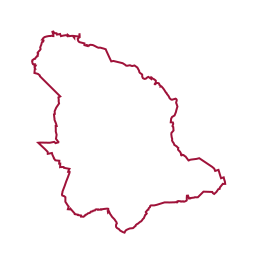 Zináparo, Michoacán, Mexico, rotated 174°
{"feature_id": "50627088B92928656414913", "entity_name": "Zináparo", "entity_type": "district", "adm_level": 2, "iso_a3": "MEX", "parent_name": "Mexico", "parent_adm1": "Michoacán", "projection": "orthographic", "projection_center": [-102.009, 20.178], "detail": "fine", "context": "isolated", "style": "outline", "palette": "rose", "viewbox_px": 256, "rotation_deg": 174, "n_neighbors": 0, "source": "geoboundaries", "source_scale": "gbopen_adm2", "svg_char_len": 5769}
<svg xmlns="http://www.w3.org/2000/svg" viewBox="0 0 256 256"><g transform="rotate(174 128 128)"><path d="M218.8,122.7L212.8,115.7L210.4,112.7L210.5,110.7L206.3,111.1L206.0,109.3L205.0,106.4L204.9,106.3L204.8,106.1L204.9,105.4L204.1,104.4L203.7,103.5L203.0,103.3L199.7,102.6L200.2,99.8L199.1,99.7L199.6,96.2L198.9,96.3L198.6,96.1L197.4,96.1L196.6,95.9L196.1,95.9L195.8,95.5L195.8,95.1L193.9,94.5L190.5,93.5L191.6,91.8L192.1,90.7L190.7,90.5L190.8,89.7L193.0,85.2L195.1,81.2L197.0,77.1L199.8,71.6L199.9,70.9L200.6,69.0L200.5,67.8L198.5,66.8L197.5,65.7L198.0,61.2L195.7,56.7L195.2,56.1L196.3,53.5L194.2,53.1L193.7,53.8L189.8,48.3L189.9,47.9L186.8,47.0L186.8,46.6L183.9,45.9L184.0,44.8L181.4,44.4L181.1,44.7L180.3,45.2L179.5,45.6L179.4,46.1L178.5,46.3L177.7,46.6L176.6,47.4L175.7,47.4L174.2,47.9L173.9,48.6L173.4,48.8L171.9,48.8L171.3,49.4L169.5,49.5L169.2,49.9L168.9,50.1L168.8,50.3L168.0,50.4L166.3,50.2L166.3,49.8L165.3,49.8L163.2,49.6L163.2,50.0L161.9,49.9L160.0,50.0L157.2,50.0L156.1,49.7L156.1,49.0L156.2,48.2L156.3,47.4L156.8,47.4L156.7,45.9L155.5,46.7L154.7,44.2L154.0,43.1L153.2,41.4L151.0,38.6L150.0,36.7L149.9,36.5L149.3,35.5L149.1,34.1L149.7,33.6L150.0,32.9L150.2,31.6L150.1,30.7L149.5,29.8L148.7,29.1L147.9,28.7L147.2,27.8L146.6,26.9L145.8,26.3L143.9,25.0L142.4,24.3L141.8,25.2L141.3,26.0L140.7,26.5L139.4,27.1L136.8,27.9L136.4,27.9L134.1,27.9L133.6,27.9L133.0,28.2L131.4,29.5L131.2,29.6L130.9,29.6L130.7,29.9L130.5,30.4L130.3,30.7L129.9,31.0L129.6,31.1L129.3,31.4L128.2,31.8L127.8,32.0L127.5,32.3L126.8,32.7L125.6,33.5L124.7,33.8L123.6,34.8L123.2,35.4L122.6,36.0L121.7,36.6L120.6,38.7L120.3,39.0L119.9,39.9L119.4,40.2L118.9,40.3L118.3,41.1L119.1,42.4L119.1,42.6L117.1,44.5L116.2,44.7L116.0,45.7L115.6,46.2L114.5,46.9L114.3,47.3L114.2,48.0L113.3,48.6L110.1,48.3L109.0,48.4L107.4,48.6L99.4,50.2L94.3,49.6L91.5,49.4L89.4,49.2L89.0,49.3L88.6,49.3L87.5,49.0L86.8,48.9L86.2,49.5L86.4,49.9L85.8,50.1L83.1,49.6L82.9,49.2L81.0,49.4L80.8,49.0L79.5,48.9L77.5,49.6L77.1,50.1L77.0,50.8L76.9,52.3L76.5,54.5L75.4,54.5L74.7,51.5L73.9,51.5L74.0,51.8L69.4,51.9L68.6,52.2L67.4,51.9L66.5,51.9L65.8,51.8L59.6,56.8L50.9,55.6L50.3,54.3L49.2,53.4L46.8,55.1L44.6,57.7L43.2,57.9L42.9,59.2L39.5,62.6L38.5,62.3L37.8,62.4L37.2,62.3L37.2,63.8L37.3,65.0L37.6,66.2L37.8,67.4L38.0,68.9L40.7,68.3L41.3,71.1L42.1,75.5L42.4,76.9L45.8,76.2L46.5,78.6L48.3,80.5L60.3,90.5L63.2,90.1L68.1,90.0L69.7,89.9L70.5,89.5L71.2,89.4L73.8,93.7L74.5,94.1L75.6,95.3L76.1,95.3L77.0,95.8L77.6,95.2L77.9,95.3L78.1,95.8L78.0,96.7L78.3,98.0L78.9,99.2L79.7,100.1L80.0,100.6L80.5,101.2L80.1,103.0L80.5,103.2L81.4,104.5L83.3,106.1L83.6,106.2L83.9,107.2L84.1,108.1L85.0,109.6L85.5,111.0L85.3,111.8L85.2,112.8L85.5,114.1L85.6,117.3L85.3,118.6L83.0,120.7L82.9,123.6L82.9,124.3L83.3,124.7L83.6,125.3L82.9,126.6L82.7,127.1L82.6,127.7L82.8,128.8L84.9,129.2L84.1,132.8L83.2,134.1L83.0,134.4L80.4,135.6L78.6,139.0L78.1,140.6L77.6,141.7L77.5,142.1L76.6,144.1L76.8,145.1L77.1,146.5L77.5,147.9L77.5,148.2L77.3,148.8L77.1,149.2L76.7,150.3L76.6,150.8L76.7,151.1L77.0,151.7L77.6,152.2L81.3,151.5L82.0,151.8L82.6,152.2L83.0,152.7L83.6,153.5L83.9,154.5L84.6,156.1L85.6,157.5L85.9,158.5L86.2,159.0L86.5,159.1L88.2,162.6L89.3,164.4L90.4,165.9L91.4,165.8L91.3,166.3L91.5,166.9L92.3,167.7L92.3,168.2L92.5,169.0L93.2,169.5L94.2,169.7L95.2,169.8L96.2,168.7L96.6,168.7L96.8,168.9L96.4,169.5L95.6,170.2L95.4,172.2L96.3,173.1L97.3,174.0L98.4,174.6L99.2,175.7L99.5,175.9L99.8,174.4L102.4,176.7L103.3,176.4L104.1,175.9L105.1,175.2L106.4,175.1L107.0,175.4L107.7,175.8L108.0,176.1L108.5,177.7L108.3,179.4L108.5,179.9L110.5,181.7L110.8,182.3L111.0,182.8L110.9,183.5L111.2,184.3L111.8,185.8L112.0,186.0L112.3,187.1L115.0,189.5L117.1,189.2L118.0,189.4L119.5,190.2L122.2,190.0L123.3,190.2L123.8,190.7L124.5,191.4L126.3,192.8L126.5,193.0L135.5,196.2L137.7,196.0L138.9,199.4L141.5,207.1L141.9,208.6L143.8,209.5L145.9,210.3L146.8,210.7L147.8,210.9L148.9,210.9L150.0,211.4L153.0,213.4L154.4,214.2L156.8,214.7L157.3,214.6L158.3,213.9L159.2,214.4L160.1,214.7L160.0,213.9L162.7,215.0L162.5,216.7L167.4,218.5L167.8,219.0L168.2,219.4L168.5,220.4L168.7,221.8L167.5,222.9L167.1,223.1L168.6,224.4L171.8,225.1L172.0,223.3L173.3,225.4L174.2,225.5L176.8,225.5L177.0,225.7L177.3,225.9L177.5,226.4L178.0,226.7L178.1,226.8L178.2,225.9L178.4,225.6L178.8,225.9L178.9,226.0L178.9,226.6L180.1,226.8L182.3,226.7L185.0,226.4L185.0,226.6L185.4,227.3L185.7,228.6L188.8,228.3L189.0,229.5L189.5,229.8L190.5,229.7L191.4,230.7L192.2,230.9L192.3,231.7L193.1,231.6L193.1,231.3L192.5,228.7L192.6,227.2L193.3,227.3L193.6,227.4L193.8,227.6L194.6,227.8L195.3,227.6L196.3,227.7L197.5,227.7L199.6,227.5L201.6,227.1L203.4,225.8L203.6,225.3L204.0,224.9L203.5,224.8L203.6,224.0L202.9,223.8L203.0,223.5L203.3,222.8L203.7,222.6L204.2,222.6L204.5,222.4L204.8,221.9L205.6,219.7L206.2,218.7L206.9,217.3L206.8,216.6L206.7,215.6L207.3,214.8L210.0,212.4L210.0,211.6L209.9,211.6L209.6,211.4L209.6,211.2L210.0,211.1L210.2,209.2L210.5,209.2L211.0,209.0L211.3,208.5L211.3,208.4L212.2,207.9L212.4,207.6L212.7,207.3L213.0,206.6L213.4,206.5L213.8,206.6L214.7,206.2L215.7,205.5L216.0,205.4L216.2,204.8L216.4,204.5L216.2,204.1L216.3,202.8L215.8,201.4L214.0,201.1L214.5,199.9L213.3,199.7L214.6,197.8L214.1,196.6L214.5,196.6L215.3,192.5L212.6,191.5L211.8,191.1L210.2,189.5L210.2,189.3L210.2,188.7L197.4,173.0L192.1,166.5L194.0,165.7L193.9,163.0L194.2,162.1L194.0,159.6L197.3,155.7L199.2,152.3L199.3,149.8L200.1,149.9L200.2,150.1L200.2,148.4L200.2,146.1L200.1,145.0L200.2,144.7L200.2,143.7L199.2,140.2L198.7,137.5L199.7,137.6L200.0,133.7L200.2,132.1L199.7,128.7L200.5,125.8L200.8,124.8L199.6,122.9L199.0,121.7L198.7,121.5L198.8,121.0L201.6,120.5L202.8,121.9L207.3,121.5L216.9,122.7L218.8,122.7ZM167.1,223.1L166.5,224.1L166.4,226.3L166.5,226.3L167.1,223.1Z" fill="none" stroke="#9f1239" stroke-width="2"/></g></svg>